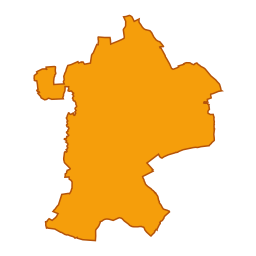 the district of Ciortesti, Iasi, Romania
{"feature_id": "2599482B12442358854249", "entity_name": "Ciortesti", "entity_type": "district", "adm_level": 2, "iso_a3": "ROU", "parent_name": "Romania", "parent_adm1": "Iasi", "projection": "natural_earth1", "projection_center": [27.848, 46.913], "detail": "fine", "context": "isolated", "style": "filled", "palette": "amber", "viewbox_px": 256, "rotation_deg": 0, "n_neighbors": 0, "source": "geoboundaries", "source_scale": "gbopen_adm2", "svg_char_len": 5654}
<svg xmlns="http://www.w3.org/2000/svg" viewBox="0 0 256 256"><path d="M157.0,230.0L157.0,229.4L159.1,225.1L159.6,224.2L160.2,223.7L160.1,223.2L160.2,222.9L159.8,222.4L160.9,221.2L161.6,221.0L162.6,220.2L162.9,219.5L163.8,218.5L163.9,217.6L164.7,216.2L169.5,211.9L169.3,211.2L168.6,211.0L167.6,210.4L163.4,209.1L162.3,207.5L161.0,205.0L159.5,203.0L159.3,202.6L159.3,201.5L158.6,200.3L157.9,196.8L157.4,195.7L156.3,194.3L156.0,193.5L155.6,193.4L155.5,192.9L155.1,193.0L154.8,192.7L154.6,192.4L154.5,191.9L154.0,191.6L153.3,190.7L152.4,190.2L151.0,188.7L147.7,186.4L145.6,184.3L144.7,182.0L144.2,181.1L143.9,179.6L143.0,178.0L142.6,176.5L153.1,171.2L152.1,170.1L152.3,169.7L152.8,169.6L146.9,163.0L158.5,154.2L159.3,155.9L160.4,157.4L162.0,158.1L163.9,156.8L168.3,154.8L175.1,152.8L175.9,152.3L176.4,152.5L177.7,152.2L178.9,151.4L183.2,149.7L193.2,147.6L195.5,147.3L197.7,147.5L200.8,146.7L209.2,145.7L209.5,145.1L211.5,143.2L211.7,142.7L214.2,140.5L214.3,140.0L214.2,138.0L213.8,134.3L214.3,130.2L214.2,130.1L214.1,128.9L214.4,128.8L214.2,128.6L214.0,126.1L214.1,125.8L214.0,125.0L214.3,124.5L214.1,124.1L214.3,121.3L214.0,120.3L213.9,118.3L214.0,118.1L213.9,117.7L214.1,117.2L213.7,116.4L213.2,114.4L210.3,114.5L208.0,113.2L207.9,111.3L208.8,109.9L209.4,109.3L208.8,104.9L208.9,104.7L208.5,104.7L207.8,104.1L207.6,103.4L207.8,103.1L205.8,103.3L204.0,103.2L203.7,103.0L204.0,102.0L204.4,101.8L204.9,101.7L205.5,102.1L207.6,101.5L207.7,101.2L207.4,100.5L207.3,99.4L211.2,97.9L210.6,95.0L210.7,94.2L213.0,93.6L218.7,91.3L221.9,90.8L221.1,90.3L220.6,87.8L219.6,84.5L219.2,83.8L217.3,81.8L215.8,80.0L210.9,75.9L205.2,69.0L203.8,67.9L200.5,66.2L199.8,65.4L198.2,64.5L197.3,63.3L196.8,63.0L195.0,63.6L194.4,64.4L193.8,64.7L191.8,64.0L189.9,62.8L186.6,62.7L185.3,63.0L183.7,63.8L183.9,64.3L178.3,66.0L178.7,66.9L176.9,67.9L173.0,69.3L172.2,68.7L171.7,68.6L171.0,67.3L169.7,64.2L166.2,58.0L165.4,56.9L165.1,55.5L163.1,51.8L160.8,47.8L160.2,48.0L159.7,47.0L160.3,46.7L163.4,46.6L163.5,46.4L161.0,43.1L160.5,42.8L159.9,41.8L157.9,41.1L156.1,39.9L153.8,37.0L151.6,32.6L149.9,30.7L145.4,29.6L144.2,29.0L143.1,28.0L142.0,26.7L140.9,24.8L139.3,22.7L139.0,21.8L138.9,20.2L139.1,19.0L134.2,21.4L132.0,16.9L130.5,15.8L129.4,15.4L126.1,16.5L123.6,16.8L125.7,21.3L125.6,25.9L125.3,26.7L123.5,29.2L123.3,29.9L124.3,36.9L124.1,38.2L122.2,39.3L117.9,41.2L110.7,44.1L110.4,39.7L110.0,37.5L104.8,37.5L98.3,37.0L98.1,37.3L98.2,39.8L98.5,40.9L98.1,43.7L98.2,44.7L97.8,44.8L96.8,44.5L93.3,52.8L92.3,53.9L91.6,55.1L90.4,63.1L84.5,64.2L82.9,61.9L81.5,62.4L81.3,62.0L78.7,63.0L77.9,61.6L71.1,64.6L67.8,65.5L66.4,69.0L65.8,71.4L64.7,73.5L64.4,74.8L63.8,76.2L64.2,80.0L63.5,81.3L63.4,81.9L64.2,83.9L53.8,84.5L53.6,81.5L54.0,78.0L54.2,77.1L54.7,76.2L54.9,74.6L55.7,73.9L55.8,73.5L55.6,72.3L55.4,71.8L55.3,69.7L55.5,67.6L55.4,66.8L54.3,66.5L46.1,67.1L46.2,68.4L46.8,69.3L46.7,69.4L45.4,68.9L42.4,69.0L37.5,71.3L36.6,71.9L37.3,73.2L34.3,75.5L34.1,78.5L34.4,79.6L34.3,80.2L35.2,80.8L36.7,80.7L36.8,80.9L37.4,84.3L37.8,88.4L38.2,89.1L36.8,90.3L37.5,91.6L37.8,91.7L38.6,91.2L39.3,92.0L39.4,92.3L38.7,92.3L38.4,92.6L38.6,93.0L37.9,93.4L39.8,95.6L40.3,95.9L41.2,97.9L44.7,99.8L46.6,99.4L48.2,98.3L48.9,98.3L51.8,99.3L63.3,98.8L62.8,97.5L63.5,95.8L63.5,94.5L63.8,93.4L64.9,90.9L65.1,88.4L65.0,86.6L68.7,86.7L68.5,87.9L68.8,89.1L68.4,89.8L68.0,90.1L68.2,90.9L69.6,91.3L70.7,91.0L71.6,91.1L72.5,92.4L73.6,93.1L73.6,93.6L72.8,93.9L72.4,94.5L73.3,95.3L73.7,96.0L73.7,96.4L72.8,97.2L72.5,98.4L73.2,99.2L73.0,100.0L73.3,100.3L74.1,101.1L74.8,101.0L75.2,101.8L75.8,102.8L75.9,104.4L76.5,105.5L76.7,106.2L76.5,106.9L75.5,107.5L75.0,108.8L76.1,110.4L74.9,111.9L75.6,112.7L75.7,113.3L74.7,115.3L74.1,115.4L73.3,114.5L73.3,114.2L73.7,113.7L73.5,113.0L73.0,113.1L71.2,114.2L70.4,114.4L69.9,114.1L69.3,113.1L68.5,112.9L68.2,113.7L67.3,115.5L67.3,115.9L66.7,117.6L66.3,118.0L66.8,118.7L67.2,120.3L67.8,121.0L66.9,121.9L67.5,123.8L67.5,124.3L66.6,124.8L66.5,125.2L67.0,126.6L67.6,127.0L68.1,126.8L68.7,127.6L68.9,128.7L68.5,129.0L67.8,130.4L67.9,131.3L66.8,131.8L66.5,132.2L66.7,132.9L67.3,133.5L68.3,135.0L68.7,135.1L68.7,135.4L67.6,136.4L66.7,136.5L66.7,137.7L66.3,138.4L64.9,138.6L64.5,138.7L64.3,139.1L65.8,140.1L66.5,140.3L66.6,140.6L66.5,141.8L65.9,142.1L66.6,142.7L67.6,143.2L67.9,144.2L67.8,145.0L67.2,145.5L66.9,146.1L67.3,146.9L67.7,147.3L67.8,147.8L67.4,148.0L67.1,149.2L66.2,149.6L67.0,151.0L66.9,151.6L66.3,152.1L65.2,151.6L64.5,152.4L63.7,158.5L63.8,160.2L64.0,160.4L64.3,162.2L64.9,163.1L70.2,168.5L69.9,169.3L69.5,169.6L68.9,169.6L68.2,170.1L67.3,170.2L67.2,170.8L66.7,171.3L66.7,172.4L66.3,173.3L65.3,173.8L65.1,174.1L65.4,174.7L64.9,177.2L69.0,177.0L69.3,179.3L70.7,180.0L71.8,181.4L72.1,182.2L72.0,188.5L71.7,188.7L70.9,191.4L69.5,193.7L68.4,193.4L61.8,194.4L58.5,204.8L57.1,206.3L55.0,209.2L53.6,210.5L53.5,211.0L53.0,211.5L58.0,213.6L56.6,216.3L55.5,217.6L52.1,220.4L49.1,218.7L47.4,220.5L47.0,221.5L45.6,221.7L45.5,222.0L45.8,222.8L45.8,225.4L46.5,228.0L47.4,227.5L47.8,228.1L54.8,229.0L60.7,232.3L61.6,232.4L64.9,234.4L67.0,235.0L67.8,234.7L69.7,235.6L73.0,236.6L73.9,237.0L75.0,238.1L77.2,237.4L77.4,238.2L82.8,239.7L95.4,240.6L95.7,236.0L95.6,230.7L95.9,229.6L98.0,227.1L98.9,225.7L100.2,222.5L100.2,221.7L101.9,221.1L103.6,219.8L105.2,219.2L106.9,219.0L108.9,219.2L113.2,220.4L118.9,217.8L119.7,217.7L121.3,218.2L122.3,218.8L124.2,220.9L128.6,224.2L129.5,225.2L130.6,225.9L130.9,225.9L131.2,226.2L132.3,226.6L134.0,226.8L137.8,226.8L139.8,226.5L141.6,226.5L142.0,226.8L143.6,227.2L144.1,227.8L145.0,230.1L146.6,232.1L150.7,235.9L151.2,235.9L152.3,234.5L153.8,233.2L154.8,231.8L154.6,231.1L155.1,230.9L156.1,229.4L157.0,230.0Z" fill="#f59e0b" stroke="#b45309" stroke-width="1.5"/></svg>